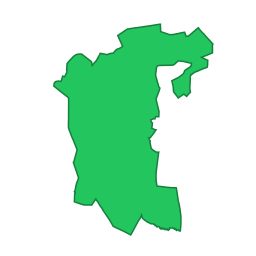 Mērdzenes pag., Karsavas, Latvia, rotated 275°
{"feature_id": "27541924B39657659213866", "entity_name": "Mērdzenes pag.", "entity_type": "district", "adm_level": 2, "iso_a3": "LVA", "parent_name": "Latvia", "parent_adm1": "Karsavas", "projection": "orthographic", "projection_center": [27.72, 56.696], "detail": "fine", "context": "isolated", "style": "filled", "palette": "green", "viewbox_px": 256, "rotation_deg": 275, "n_neighbors": 0, "source": "geoboundaries", "source_scale": "gbopen_adm2", "svg_char_len": 5070}
<svg xmlns="http://www.w3.org/2000/svg" viewBox="0 0 256 256"><g transform="rotate(275 128 128)"><path d="M163.4,50.4L163.1,50.7L157.9,58.5L153.0,66.1L148.8,66.6L134.0,67.8L133.8,67.9L129.5,68.1L128.8,68.3L128.3,68.2L124.3,68.5L122.7,68.8L120.4,69.8L119.2,70.5L114.8,72.5L110.5,74.9L108.9,75.7L101.9,79.2L88.6,76.8L88.6,76.7L78.9,81.0L77.8,81.4L74.0,83.1L71.4,82.5L68.7,81.6L65.2,81.1L63.3,81.0L60.7,80.6L59.8,80.1L59.5,80.5L59.4,81.0L58.7,81.2L57.9,80.6L49.8,81.0L48.8,84.9L48.1,87.9L47.5,90.6L48.1,98.6L49.8,99.5L50.1,99.7L54.4,102.1L54.0,102.3L53.4,102.7L53.0,103.2L51.5,104.5L48.2,106.8L46.6,108.3L45.5,109.2L42.9,111.0L38.4,114.7L37.9,115.2L34.5,117.8L31.0,120.3L28.7,121.9L26.9,126.7L24.8,132.6L21.7,140.0L22.6,140.5L36.5,146.5L38.9,147.9L42.5,149.1L40.5,149.8L39.9,150.0L39.4,150.3L39.1,150.6L38.7,151.1L38.6,151.3L38.4,151.6L38.2,151.9L38.2,152.0L38.0,152.3L37.8,152.5L37.5,152.9L37.4,153.2L37.2,153.4L37.1,153.8L36.8,154.2L36.7,154.6L36.0,155.4L35.9,155.5L35.9,155.8L35.6,156.8L35.4,157.2L35.1,157.9L34.7,158.8L34.6,159.4L34.6,160.6L34.7,161.2L34.7,161.5L34.4,161.9L34.2,162.1L34.2,162.3L34.3,162.7L34.1,163.1L34.1,163.3L33.4,163.3L33.1,163.5L33.2,164.1L33.1,164.4L32.4,165.0L32.0,165.5L31.9,165.7L32.1,165.8L32.5,166.3L32.5,166.6L32.5,166.9L32.3,167.7L32.1,167.9L31.9,168.2L31.3,168.2L30.7,168.8L30.5,169.2L30.2,169.8L30.4,170.0L30.9,169.8L31.0,169.8L30.9,170.0L30.8,170.3L30.5,170.7L30.5,171.1L31.1,171.3L31.3,171.5L31.2,171.9L31.2,172.5L30.3,172.7L30.2,172.7L30.1,172.9L30.1,173.2L30.0,173.8L30.1,174.0L30.3,173.9L30.5,174.3L30.5,174.5L30.4,174.6L30.2,174.9L30.1,175.1L30.5,175.4L30.7,175.5L30.8,175.7L30.8,175.9L30.7,176.0L30.2,176.0L30.0,176.3L29.6,176.9L29.6,177.0L29.8,177.0L30.0,177.2L30.2,177.7L30.6,178.1L31.0,178.1L31.6,177.9L31.9,178.0L32.0,178.2L32.0,178.3L31.9,178.8L32.0,179.0L32.1,179.4L32.1,179.9L32.2,180.2L32.4,180.8L32.4,181.2L32.4,181.3L32.2,181.3L31.9,182.0L31.8,182.5L32.0,182.8L32.0,183.3L31.8,183.6L31.6,183.6L31.4,183.5L31.3,183.4L31.3,183.1L31.2,183.1L31.2,183.7L31.2,184.1L31.2,184.4L31.2,184.8L30.8,184.8L30.6,184.8L30.2,185.1L30.1,185.3L30.8,186.1L31.0,186.5L30.8,187.1L30.6,187.1L30.4,187.2L30.2,187.5L29.9,188.3L29.9,188.6L29.9,189.0L30.0,189.1L37.2,189.1L44.6,188.4L51.6,186.9L54.6,186.1L57.3,185.3L59.5,184.5L66.8,182.8L72.6,181.3L72.7,181.2L72.6,179.8L72.4,177.6L72.3,173.2L72.7,161.9L74.7,161.4L78.8,160.5L79.9,160.4L83.9,160.0L86.4,159.9L94.7,160.2L106.7,160.7L106.4,159.5L106.3,159.1L106.9,157.2L107.9,155.4L108.9,153.7L109.0,153.6L110.6,152.5L111.3,152.4L116.0,151.1L116.5,151.4L120.0,149.4L120.2,150.7L120.2,150.9L120.7,151.3L125.1,154.1L125.5,154.3L126.9,155.1L128.6,156.1L128.7,155.4L128.9,154.4L129.9,151.6L130.4,151.8L135.1,151.9L136.4,150.4L137.9,150.2L138.2,150.1L138.4,150.5L139.3,152.5L139.5,152.7L139.4,154.0L141.7,154.5L141.8,155.6L141.9,157.7L147.0,157.5L159.4,153.3L160.8,153.8L161.0,153.9L161.7,154.1L163.2,154.5L163.6,154.6L168.1,155.9L170.6,156.3L171.5,155.2L182.8,150.9L185.0,150.9L188.0,151.1L188.4,151.0L191.9,151.3L192.1,151.7L192.4,152.1L193.0,153.5L193.5,158.1L194.3,165.3L194.6,167.6L195.7,168.9L199.2,172.2L199.2,174.3L199.1,177.6L198.3,182.9L198.0,185.4L197.6,185.7L195.9,185.4L195.6,185.3L195.4,185.5L194.4,184.6L190.2,179.5L187.1,178.6L184.1,175.5L182.7,173.8L179.0,167.6L178.7,167.6L173.2,169.4L168.1,170.2L167.2,171.0L164.1,173.9L162.3,175.4L166.6,180.7L165.8,181.8L164.6,183.7L165.4,184.2L167.6,185.8L169.1,187.1L170.2,186.7L170.5,186.7L172.8,186.1L175.8,186.0L182.5,185.8L183.9,185.4L186.7,186.1L186.5,186.4L186.6,186.5L189.2,189.3L189.3,189.5L189.8,190.5L190.5,191.7L190.4,191.8L191.8,194.4L192.0,194.6L193.4,197.4L193.5,197.4L193.8,198.0L194.3,199.4L195.5,201.7L198.0,201.8L199.6,201.7L199.8,201.6L200.0,201.6L202.4,201.6L203.6,198.3L204.1,196.8L204.9,195.1L207.6,200.7L207.7,200.8L210.2,205.6L218.2,204.9L218.4,204.9L219.0,205.3L228.8,194.7L229.0,194.3L233.0,190.1L233.6,189.7L234.0,189.5L233.7,188.9L233.3,188.5L231.1,186.4L225.9,181.3L225.8,181.1L225.6,180.8L225.4,180.7L225.1,180.2L224.4,179.0L224.5,178.6L224.5,177.9L228.3,176.1L228.2,175.4L227.8,173.9L226.8,170.7L226.7,170.5L225.1,164.9L224.9,163.8L224.6,161.4L224.8,160.7L226.8,152.3L226.9,152.2L233.1,151.3L234.2,151.3L234.3,151.1L232.3,143.2L230.3,134.9L228.7,128.1L228.5,126.9L226.5,118.7L219.2,109.7L208.8,115.6L207.5,113.9L206.5,112.3L206.3,112.0L206.0,111.2L205.3,109.9L204.3,108.9L201.2,106.6L200.9,104.3L200.6,103.7L200.5,103.4L200.1,102.6L199.3,100.7L199.3,100.4L199.3,100.2L199.4,99.6L199.5,99.2L199.5,98.8L199.6,98.3L199.6,97.6L199.8,96.4L199.8,96.1L200.0,94.2L199.9,93.7L199.1,93.6L194.9,91.7L194.8,91.8L194.7,91.6L194.4,91.5L192.4,90.6L192.1,90.5L191.9,90.3L191.8,90.1L190.8,89.4L190.7,89.3L188.4,87.6L187.2,86.9L190.9,85.8L197.6,75.4L197.6,74.4L197.5,73.7L197.4,72.7L196.8,70.4L195.5,68.5L194.0,67.0L193.9,67.0L191.7,65.2L191.0,64.7L190.8,64.5L190.5,64.4L190.4,64.2L190.2,64.0L187.0,61.7L180.8,61.8L180.8,62.0L178.3,62.2L175.0,61.0L173.5,60.2L173.9,58.8L174.0,58.4L168.7,57.3L168.6,57.1L168.7,54.6L168.7,54.3L168.6,54.1L168.0,52.0L166.6,50.7L163.4,50.4Z" fill="#22c55e" stroke="#15803d" stroke-width="1.5"/></g></svg>